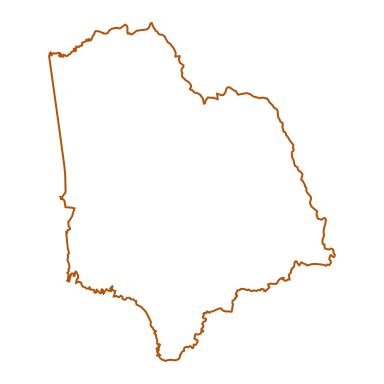 outline of Tuy Duc, Đắk Nông, Vietnam
{"feature_id": "81297802B14510014839166", "entity_name": "Tuy Duc", "entity_type": "district", "adm_level": 2, "iso_a3": "VNM", "parent_name": "Vietnam", "parent_adm1": "Đắk Nông", "projection": "robinson", "projection_center": [107.388, 12.134], "detail": "fine", "context": "isolated", "style": "outline", "palette": "amber", "viewbox_px": 384, "rotation_deg": 0, "n_neighbors": 0, "source": "geoboundaries", "source_scale": "gbopen_adm2", "svg_char_len": 5872}
<svg xmlns="http://www.w3.org/2000/svg" viewBox="0 0 384 384"><path d="M165.4,361.0L168.3,360.0L171.4,359.8L174.8,360.4L178.4,359.3L179.6,357.9L180.0,355.1L181.0,354.0L181.4,352.7L182.7,351.2L184.0,350.9L184.1,348.5L184.9,347.4L187.0,346.8L188.4,347.3L189.5,346.2L190.2,346.1L190.9,346.5L192.1,348.0L192.9,348.0L193.5,347.1L193.7,344.6L195.4,344.9L196.2,344.4L197.8,341.1L196.7,339.7L195.1,339.3L194.4,338.7L195.1,334.9L195.8,334.1L198.0,334.6L200.5,333.7L201.3,332.0L202.8,331.7L203.3,331.2L203.2,330.6L201.3,330.0L201.5,328.7L203.4,326.9L203.1,324.7L202.3,324.1L202.2,323.5L203.2,322.1L205.6,320.8L206.1,319.6L205.7,318.6L203.6,318.3L202.9,317.4L202.9,316.4L204.0,315.0L203.5,313.8L204.0,313.0L205.4,313.2L206.7,311.9L206.9,312.6L208.0,311.8L209.3,312.7L210.0,312.0L213.3,311.1L218.8,308.6L221.1,308.4L222.5,310.2L224.0,311.0L226.8,311.6L228.4,311.3L230.8,311.8L231.7,311.5L232.9,304.5L232.3,302.5L232.6,300.9L235.0,299.2L235.2,297.8L236.1,297.3L237.2,295.8L237.1,295.3L235.9,294.7L235.8,293.4L237.2,291.6L237.4,290.4L239.6,290.1L240.8,288.9L241.4,288.8L244.9,289.2L246.6,290.1L248.9,289.6L249.9,290.6L252.0,291.1L253.5,290.4L256.8,290.9L258.3,290.0L260.4,290.3L261.1,289.0L261.8,288.8L264.0,289.7L264.1,290.9L265.2,291.3L269.4,287.4L269.2,286.6L268.3,285.5L268.3,284.3L268.9,284.4L269.9,283.7L276.4,283.9L278.9,280.0L281.2,278.2L282.2,278.0L283.4,277.9L282.8,279.3L284.0,279.7L284.2,280.4L284.8,280.6L286.1,280.7L288.4,279.3L289.6,279.5L289.0,276.1L289.1,274.5L290.7,272.8L291.1,271.9L291.1,269.9L291.9,269.2L292.1,268.3L294.2,266.6L294.5,263.2L295.0,261.9L295.8,261.2L296.5,261.4L299.0,265.3L300.4,263.9L301.2,262.4L306.3,264.7L307.0,265.5L312.5,264.0L316.4,264.0L324.4,264.9L326.0,265.8L327.4,264.6L329.5,264.9L330.7,263.1L330.9,261.2L329.4,259.6L329.5,257.7L330.4,255.3L331.1,255.1L332.3,256.3L333.8,257.1L334.4,256.6L334.9,254.8L333.5,252.9L333.3,250.2L332.7,249.2L331.0,248.5L329.5,249.4L328.0,249.4L325.1,248.6L324.4,246.8L324.6,244.6L323.1,244.2L322.6,243.5L322.5,239.8L324.1,235.2L323.7,233.6L323.6,231.0L324.4,226.5L325.2,224.8L325.9,219.4L324.7,218.0L322.8,218.7L321.6,219.7L317.8,218.6L316.5,214.4L317.2,211.4L311.5,206.6L309.9,203.0L311.1,198.4L310.8,197.0L306.8,192.0L306.3,190.8L306.5,188.2L305.0,186.3L304.8,184.7L302.7,180.9L301.2,179.8L302.5,174.1L300.3,171.6L298.6,170.6L298.0,169.7L297.3,167.1L294.9,165.9L293.5,159.9L291.9,156.7L291.8,152.1L293.4,150.8L293.6,150.1L293.6,149.0L293.0,148.0L293.3,144.9L289.9,140.6L287.5,136.4L286.2,135.2L285.5,132.6L283.3,131.3L283.3,129.7L282.3,126.8L282.9,125.8L282.5,124.3L282.7,123.0L280.3,121.5L280.0,120.4L278.1,117.0L277.7,111.4L277.0,109.5L273.7,107.4L273.0,105.9L270.4,103.0L269.4,102.5L268.7,100.8L267.1,98.4L266.0,98.7L265.0,98.0L262.0,97.6L259.9,98.2L253.2,96.4L250.5,94.3L247.6,93.3L245.8,93.2L238.1,94.7L235.9,91.1L234.4,90.6L229.9,87.6L228.4,87.2L227.3,87.7L226.4,88.8L225.4,92.3L223.4,95.1L221.4,95.1L217.1,93.8L217.7,99.1L213.2,97.8L207.8,97.5L205.7,100.5L204.8,103.3L204.1,103.7L203.7,103.0L202.9,98.6L200.3,94.9L198.4,93.6L194.2,92.3L192.1,90.1L190.0,89.3L189.8,89.0L191.2,86.6L190.9,85.0L188.8,82.2L185.2,79.8L182.2,76.6L181.9,75.2L182.4,73.1L181.5,71.0L181.4,69.9L181.8,68.8L183.3,67.1L183.5,65.4L180.1,62.9L179.6,62.1L178.9,59.0L179.7,56.9L179.5,56.1L175.4,56.6L175.7,52.7L173.8,48.4L170.0,43.6L167.6,42.1L164.4,36.1L162.3,34.8L159.5,34.5L158.2,33.5L157.2,31.5L155.9,31.0L153.4,27.2L151.7,23.0L150.5,23.5L148.9,27.7L146.9,29.4L136.8,30.7L132.1,34.3L130.7,34.3L129.5,33.2L128.1,33.8L127.5,33.2L127.4,27.1L126.6,25.6L125.2,24.6L119.9,28.5L116.5,27.8L111.6,28.8L109.0,30.8L107.8,33.0L106.4,33.5L103.9,33.6L103.0,32.7L101.9,32.8L100.0,31.6L95.8,31.1L95.0,31.7L94.1,34.3L92.5,36.3L92.3,37.7L90.8,40.3L89.0,39.1L88.6,39.5L88.8,40.7L88.1,40.9L87.0,39.7L86.4,39.6L86.0,41.2L82.1,42.8L82.0,45.3L81.7,45.7L80.2,45.7L79.8,46.5L79.0,46.9L76.2,46.6L75.9,49.9L74.8,48.7L73.9,48.8L73.8,49.7L74.5,51.1L72.2,51.5L71.0,52.4L70.4,53.9L68.8,54.5L67.5,55.8L66.2,56.0L63.8,54.7L63.4,55.4L63.4,56.6L62.6,56.7L60.8,53.9L60.4,54.6L60.8,56.5L60.2,56.6L59.1,55.8L59.7,53.4L58.9,52.7L56.1,53.6L53.3,53.3L51.8,54.9L51.2,52.8L50.5,52.4L49.6,53.6L49.8,55.7L49.1,56.0L60.2,135.5L64.5,167.4L65.2,175.2L65.6,192.1L62.1,197.1L60.6,197.0L61.1,197.6L61.0,199.0L63.2,199.2L64.5,201.0L65.5,207.2L71.6,207.7L74.5,208.4L72.1,216.3L69.7,220.2L68.2,221.9L68.7,226.5L69.9,227.9L70.0,228.9L69.5,229.6L67.6,230.1L67.2,232.4L66.2,232.2L67.6,247.2L69.0,253.0L67.7,254.8L68.1,256.7L67.4,260.0L69.0,263.9L69.5,267.5L68.4,269.6L68.8,271.3L67.4,272.8L68.8,274.7L67.9,277.8L68.5,279.4L67.2,280.4L68.4,281.5L69.4,281.3L69.6,279.0L71.3,273.8L72.0,273.4L73.3,273.6L73.6,274.3L73.6,275.8L74.3,276.1L74.7,275.5L74.9,273.0L75.7,271.6L76.3,271.9L78.2,275.7L78.0,278.0L76.8,279.3L76.1,282.8L78.6,281.7L81.0,282.6L81.3,282.9L81.4,284.4L82.8,286.6L85.1,287.4L86.4,288.4L88.4,288.8L89.0,288.6L89.2,287.4L89.7,287.3L90.6,289.7L93.3,289.7L94.5,290.3L94.2,291.8L95.2,292.8L96.1,292.6L96.9,290.0L99.7,292.9L100.8,293.3L101.3,292.9L101.3,290.0L101.7,289.4L102.7,289.6L103.1,290.5L103.2,293.2L103.5,293.6L106.4,289.3L108.9,290.8L111.2,291.0L111.5,290.4L110.4,289.2L110.3,288.4L112.2,286.3L112.5,286.8L111.7,288.2L112.0,289.3L113.7,290.6L115.3,291.1L113.8,296.5L116.6,296.1L118.4,297.1L119.2,297.1L120.8,295.7L122.4,296.7L122.4,298.6L123.9,299.6L125.4,299.7L127.0,297.8L129.8,297.8L130.4,299.0L131.3,299.4L133.1,299.3L135.3,301.1L136.2,301.1L136.2,303.8L136.7,304.6L141.2,306.9L145.7,311.5L150.9,321.8L150.5,324.4L150.9,326.1L152.6,327.8L154.0,330.2L155.9,331.2L155.6,331.9L154.4,332.6L154.3,333.2L155.9,334.9L156.4,338.3L157.3,340.6L157.1,343.7L158.4,344.8L159.3,344.2L159.9,344.5L159.2,347.0L158.0,347.3L158.7,349.1L158.0,349.2L157.3,348.5L156.6,348.6L157.0,349.7L158.5,350.5L158.3,350.9L157.2,351.3L157.3,352.3L159.8,354.9L157.3,354.9L157.1,355.5L158.9,355.8L160.0,358.0L162.5,359.9L163.7,360.0L165.4,361.0Z" fill="none" stroke="#b45309" stroke-width="2"/></svg>